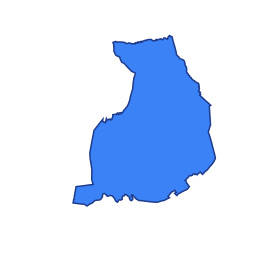 Volovat, Suceava, Romania (Albers equal-area conic projection), rotated 152°
{"feature_id": "2599482B46518062249673", "entity_name": "Volovat", "entity_type": "district", "adm_level": 2, "iso_a3": "ROU", "parent_name": "Romania", "parent_adm1": "Suceava", "projection": "albers", "projection_center": [25.892, 47.801], "detail": "fine", "context": "isolated", "style": "filled", "palette": "blue", "viewbox_px": 256, "rotation_deg": 152, "n_neighbors": 0, "source": "geoboundaries", "source_scale": "gbopen_adm2", "svg_char_len": 5564}
<svg xmlns="http://www.w3.org/2000/svg" viewBox="0 0 256 256"><g transform="rotate(152 128 128)"><path d="M101.1,210.6L101.3,209.5L101.3,209.1L101.5,208.7L101.7,208.0L101.8,207.3L102.0,207.2L102.6,205.7L102.9,205.4L103.1,204.6L104.0,203.1L104.3,202.6L104.4,202.2L104.6,198.5L104.5,197.9L103.9,196.9L103.4,196.3L103.1,195.8L102.6,195.3L102.1,194.3L102.1,194.0L102.3,193.3L102.5,192.8L102.5,191.6L102.6,191.2L102.5,190.3L102.6,190.1L102.7,189.1L101.9,188.0L101.1,187.1L99.5,180.6L98.3,176.5L95.9,173.2L95.9,172.5L99.2,169.5L103.0,164.3L105.2,160.7L111.0,154.7L111.5,154.1L112.8,152.5L113.9,151.3L116.4,149.0L117.7,148.0L119.7,146.9L120.7,146.7L122.0,146.0L123.2,145.7L126.1,143.8L126.6,144.8L127.1,144.8L127.5,144.9L128.0,145.2L128.1,144.1L128.6,144.1L129.0,144.3L129.9,144.4L129.8,145.3L130.2,145.4L130.0,146.1L130.7,146.1L131.1,146.0L131.3,145.8L131.7,145.3L132.1,145.7L132.6,146.0L135.2,146.9L135.8,145.5L137.4,144.1L138.5,143.0L139.7,143.5L139.2,143.9L139.6,144.3L140.4,144.7L140.9,144.8L142.8,144.7L142.7,146.5L145.0,143.7L145.3,143.9L145.7,143.4L147.3,145.8L146.0,147.6L148.0,146.8L158.8,142.0L159.3,141.6L167.6,131.3L172.9,124.6L173.7,123.3L174.2,122.4L176.0,118.1L179.4,108.2L182.8,102.1L184.4,99.1L184.5,98.6L185.2,94.5L194.9,98.1L201.4,100.6L202.6,99.0L207.3,93.1L207.2,93.0L209.2,90.4L209.4,90.5L211.7,87.6L204.9,82.8L203.2,81.7L201.9,80.6L201.4,79.6L200.9,78.4L198.4,78.7L196.3,78.7L194.8,78.5L192.6,79.2L191.0,79.4L189.1,78.8L187.8,78.1L186.2,77.7L184.9,78.1L183.7,78.7L182.5,79.7L181.9,80.8L181.3,81.4L180.4,81.5L179.6,81.3L179.1,80.4L178.7,79.3L178.7,78.4L178.5,77.8L177.7,77.2L176.3,77.0L175.5,76.8L174.4,76.1L173.8,75.4L173.4,74.1L173.0,72.6L173.2,69.4L172.7,68.2L172.2,67.5L171.7,67.5L171.2,67.8L170.9,68.3L170.1,68.6L169.3,68.6L168.9,68.2L168.2,67.7L166.9,67.8L166.3,67.9L166.1,68.3L166.1,68.9L166.0,69.3L165.6,69.7L164.6,70.2L163.1,69.9L162.5,70.3L162.0,70.8L161.6,70.6L161.2,70.2L160.7,69.4L159.6,67.0L159.3,66.6L158.8,66.0L159.0,65.7L159.7,65.4L159.9,64.8L159.9,63.7L159.6,62.6L159.2,62.3L158.4,62.3L157.5,62.7L156.7,63.6L156.6,64.9L156.5,66.9L156.1,67.2L155.7,67.1L155.0,65.7L154.2,61.7L153.5,60.5L152.3,58.8L149.5,57.0L144.0,53.1L139.8,50.3L136.3,48.5L132.8,47.9L129.9,47.1L124.1,47.0L124.8,48.8L119.6,51.0L117.5,50.9L115.9,51.0L115.9,50.5L115.6,48.5L117.5,48.5L116.8,45.9L116.5,45.4L115.3,46.0L114.3,46.3L113.3,46.3L112.0,46.2L110.7,46.3L107.3,46.2L105.8,46.1L104.3,46.1L104.1,46.3L101.3,47.5L101.5,48.3L101.7,49.2L101.7,50.2L101.9,51.1L102.0,51.7L102.2,52.5L101.7,53.3L101.6,53.8L101.5,54.2L101.6,54.5L102.1,55.0L101.7,55.1L101.1,55.2L100.2,55.6L99.1,55.8L97.6,56.4L96.9,56.8L96.3,56.9L95.8,56.9L94.9,56.3L94.4,56.2L93.9,56.1L93.3,56.1L92.3,56.6L91.7,56.7L91.3,56.7L91.0,55.9L90.6,55.4L89.7,55.5L88.9,54.2L88.3,54.5L86.7,54.8L85.0,55.3L84.9,54.9L84.0,52.1L82.8,52.4L79.8,53.5L77.5,53.8L74.1,55.4L70.7,56.6L67.5,58.3L65.5,59.8L64.9,60.5L63.9,64.1L61.7,73.4L60.9,76.5L60.0,80.9L59.3,84.6L59.2,86.5L58.5,87.2L57.2,88.5L55.5,90.4L54.3,91.4L53.8,91.7L51.0,98.0L47.5,105.7L46.0,109.1L44.3,109.2L46.5,115.3L49.3,123.2L48.2,123.4L48.4,124.8L47.8,125.1L47.4,125.3L47.4,125.5L48.0,126.3L48.3,126.8L48.2,127.2L48.3,127.4L48.1,127.4L48.2,127.6L48.1,127.8L47.7,127.9L46.8,128.9L46.3,129.5L46.2,129.9L46.2,130.4L46.5,130.8L46.4,131.1L46.1,131.3L45.7,131.3L45.6,131.6L45.3,132.1L45.0,133.1L44.9,133.8L45.0,134.6L45.3,134.8L45.5,135.1L45.6,135.4L45.7,135.6L46.1,135.7L46.3,136.0L46.5,136.8L46.9,137.7L47.1,138.1L47.2,138.5L47.5,139.0L47.7,139.3L48.1,139.9L48.4,140.5L48.5,140.9L48.5,141.4L48.5,141.6L48.8,142.0L48.8,142.3L48.6,142.7L48.7,142.8L48.9,143.2L49.3,143.9L49.4,144.3L49.3,144.8L49.1,145.2L49.2,145.5L49.4,145.8L49.7,146.2L49.7,146.4L49.5,147.3L49.6,147.8L49.7,148.0L49.8,148.5L49.8,149.0L50.1,149.5L50.1,149.8L49.9,150.4L49.5,150.8L48.9,151.7L47.9,154.1L47.9,155.1L48.1,155.8L48.1,156.5L48.0,157.1L47.6,157.7L47.1,159.3L47.0,159.9L46.9,161.1L47.0,161.5L47.2,161.8L47.3,162.2L47.7,162.8L48.4,163.6L49.0,163.9L49.3,164.3L49.5,164.7L49.6,165.0L49.6,165.4L49.8,165.6L49.9,166.0L49.8,166.5L49.8,166.8L50.2,167.7L50.6,169.7L50.7,170.2L50.6,170.8L50.0,171.9L48.9,176.4L48.8,177.4L48.6,177.5L48.1,180.3L47.3,183.9L46.3,188.0L46.8,188.1L47.1,188.4L47.3,188.7L47.3,189.3L47.8,190.0L48.0,190.2L48.3,190.2L48.6,189.7L49.4,189.6L50.0,189.5L50.3,188.9L51.2,187.9L51.6,187.9L51.7,188.2L51.9,188.8L52.2,189.0L52.5,189.0L52.7,189.6L53.0,190.1L53.8,190.6L54.1,190.7L54.8,190.2L55.8,189.7L56.0,189.7L56.3,189.9L56.6,190.1L56.8,190.4L56.9,190.6L56.8,191.1L57.0,191.3L57.3,191.4L57.9,191.3L58.2,191.5L58.6,191.7L60.2,192.0L60.7,191.8L60.9,191.7L61.1,191.7L61.2,191.8L61.4,192.2L61.4,192.4L61.2,192.8L61.3,192.9L61.5,193.0L61.7,192.9L61.9,192.4L62.0,192.2L62.5,192.2L63.0,192.7L63.6,192.4L63.8,192.5L64.4,193.1L65.0,193.3L65.3,193.6L65.5,194.0L65.7,195.1L67.9,196.3L70.1,197.0L70.5,197.0L70.7,196.8L71.0,196.7L72.1,197.5L72.5,197.6L72.8,197.5L73.1,197.3L73.4,197.3L73.6,197.4L73.8,197.7L74.0,197.7L74.8,197.5L75.6,197.1L76.0,197.3L76.1,197.5L76.1,197.9L75.8,198.3L76.3,198.5L76.8,198.5L77.3,198.3L78.1,198.2L78.5,198.4L78.5,198.5L78.3,198.7L78.2,198.8L78.3,199.1L78.5,199.2L78.7,199.3L79.7,198.5L80.1,198.4L80.2,198.5L80.1,198.8L80.3,199.3L80.5,199.5L80.6,199.4L80.8,199.3L81.0,199.3L81.4,199.7L81.6,199.8L81.8,199.6L81.9,199.4L81.9,199.1L82.0,199.0L82.9,199.4L84.2,200.2L84.7,200.5L85.3,200.6L85.6,201.1L86.1,201.7L86.6,202.0L87.0,202.6L88.7,202.8L89.4,203.0L90.9,205.3L91.3,205.3L92.5,206.4L96.4,208.7L97.0,208.8L97.6,209.0L97.9,209.4L97.9,209.8L97.9,210.0L98.1,210.1L98.5,210.0L99.7,210.6L101.1,210.6Z" fill="#3b82f6" stroke="#1e3a8a" stroke-width="1.5"/></g></svg>